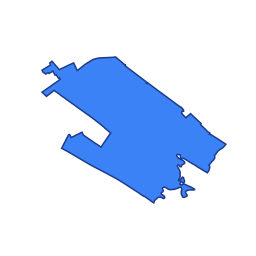 the district of Barcanesti, Ialomita, Romania, rotated 106°
{"feature_id": "2599482B37861842426692", "entity_name": "Barcanesti", "entity_type": "district", "adm_level": 2, "iso_a3": "ROU", "parent_name": "Romania", "parent_adm1": "Ialomita", "projection": "albers", "projection_center": [26.664, 44.608], "detail": "fine", "context": "isolated", "style": "filled", "palette": "blue", "viewbox_px": 256, "rotation_deg": 106, "n_neighbors": 0, "source": "geoboundaries", "source_scale": "gbopen_adm2", "svg_char_len": 5541}
<svg xmlns="http://www.w3.org/2000/svg" viewBox="0 0 256 256"><g transform="rotate(106 128 128)"><path d="M165.8,186.2L167.8,177.2L168.3,175.3L173.6,154.9L176.4,141.7L176.9,139.1L180.2,123.9L182.4,116.2L187.0,101.2L188.9,95.5L189.3,93.7L189.3,93.4L189.2,93.3L190.4,89.9L191.2,87.4L192.1,85.1L192.9,82.6L191.9,82.6L191.0,82.5L190.5,82.4L189.5,81.9L186.5,80.0L186.2,79.7L185.7,78.5L185.5,77.8L185.6,77.1L185.7,76.1L185.8,75.3L186.1,74.6L185.9,74.1L185.6,73.8L185.2,73.5L184.8,73.5L184.1,73.8L183.8,74.1L183.5,74.5L183.2,74.8L182.9,75.5L182.8,76.3L182.7,76.8L182.6,77.3L182.4,77.8L181.8,78.2L181.4,78.2L181.0,78.0L180.5,77.6L179.7,77.0L179.1,76.8L178.5,76.9L178.0,77.2L177.6,77.6L177.2,78.0L176.8,78.1L176.4,78.2L175.7,78.1L175.4,77.8L175.2,77.6L175.0,77.2L174.8,76.6L174.8,75.8L174.9,75.2L175.5,73.4L175.6,72.9L175.7,72.1L175.8,71.5L175.7,70.9L175.5,69.9L174.5,67.4L174.3,66.8L174.0,66.3L173.7,65.8L173.0,64.8L171.9,63.3L171.0,62.3L170.6,61.7L170.5,61.2L170.5,60.8L170.7,60.4L171.2,59.9L171.6,59.7L172.2,59.4L174.1,59.3L175.1,59.2L175.9,58.9L176.9,58.5L177.3,58.2L177.7,57.7L178.3,57.1L179.0,56.8L179.3,56.6L179.4,56.3L179.4,55.9L179.4,55.6L179.3,55.3L179.1,54.8L178.3,53.7L177.9,53.2L177.6,52.8L177.3,52.6L176.3,52.7L176.0,52.8L175.7,53.1L175.3,53.7L175.1,54.1L174.6,54.6L174.1,54.9L173.7,55.0L173.1,54.9L172.6,54.6L171.9,54.1L171.2,53.0L170.8,52.1L170.5,51.4L170.1,50.2L169.8,48.8L169.6,48.1L169.0,47.0L168.6,47.3L168.4,47.3L167.8,49.6L167.2,52.2L167.3,52.5L167.1,53.6L166.7,56.5L166.5,57.3L166.4,58.0L166.5,58.7L166.8,59.2L167.1,59.9L167.7,60.6L168.1,61.0L168.3,61.1L167.7,62.6L167.4,62.5L165.7,62.4L165.3,62.3L164.9,61.9L164.9,61.4L165.3,60.6L165.5,60.2L165.5,59.9L165.3,59.4L165.1,59.2L164.7,59.0L164.3,58.9L164.0,58.9L163.6,59.0L163.2,59.1L162.9,59.3L162.4,59.7L161.7,60.4L161.5,60.5L160.8,60.6L160.5,60.9L160.4,61.0L160.2,61.6L160.2,61.9L160.2,62.1L160.3,62.2L160.5,62.3L160.7,62.5L162.6,62.9L163.5,63.3L163.9,63.5L164.3,63.9L164.6,64.3L164.8,64.5L164.8,64.8L164.7,64.9L164.1,65.1L162.5,64.6L161.5,64.5L160.4,64.5L159.8,64.6L158.9,64.9L156.2,65.7L155.8,65.9L155.6,66.1L154.5,66.7L154.1,67.1L153.7,67.5L152.7,68.5L152.4,68.8L152.0,69.2L151.3,69.8L150.9,70.0L150.5,70.1L150.2,70.0L149.9,69.8L149.7,69.5L149.6,69.2L149.6,68.7L150.0,68.1L150.7,67.5L150.9,67.2L150.9,66.9L150.8,66.5L150.7,66.3L150.4,66.2L149.3,66.0L148.6,65.8L148.2,65.6L147.7,65.1L147.2,64.5L146.8,64.1L146.7,64.0L146.2,63.8L145.9,63.8L145.7,63.9L145.4,64.0L145.0,64.4L144.7,65.0L144.3,65.7L144.1,66.2L143.7,68.3L143.7,68.9L143.6,69.2L143.5,69.6L143.4,69.9L143.4,70.2L143.3,70.4L143.2,70.7L143.2,70.8L142.8,71.7L142.7,71.8L142.4,72.3L142.1,72.7L141.8,73.1L141.2,73.6L140.9,73.7L140.6,73.8L140.3,73.7L140.1,73.6L139.9,73.3L139.8,73.0L139.7,72.2L139.4,71.2L139.4,70.7L139.5,70.3L141.5,69.6L141.8,69.4L142.1,69.2L142.4,68.7L142.4,68.4L142.5,67.7L142.4,67.3L142.3,67.0L141.8,66.1L142.2,64.8L143.4,60.6L144.0,58.5L144.8,55.4L144.8,55.1L145.7,52.0L146.0,51.1L146.2,50.6L147.8,44.6L148.3,42.8L148.7,41.1L149.3,39.5L148.6,39.2L147.7,38.8L147.3,38.7L145.5,38.5L144.8,38.5L144.0,38.5L143.5,38.5L142.9,38.7L142.3,39.0L141.9,39.3L141.5,39.9L139.1,38.9L139.0,39.0L137.7,38.4L135.4,37.1L134.9,36.9L134.1,36.6L132.7,36.4L132.3,36.4L131.5,36.8L130.9,37.2L129.8,36.8L126.9,35.7L125.4,35.2L123.7,33.9L123.0,33.3L122.3,32.6L121.6,32.1L121.2,31.6L120.7,31.4L120.4,31.3L120.2,31.1L119.6,30.7L116.7,29.4L116.5,29.6L116.4,29.9L115.8,32.1L113.8,38.5L112.6,42.8L111.7,45.6L111.6,46.0L111.6,46.7L111.6,46.9L111.6,47.3L111.6,48.1L111.4,48.0L111.2,47.9L110.9,47.8L110.7,47.7L110.6,47.8L110.4,47.9L110.1,48.3L109.9,48.8L109.8,49.1L109.8,49.7L109.7,50.5L109.6,50.9L109.5,51.1L109.3,51.3L108.8,51.5L104.8,59.2L103.6,58.9L103.4,59.2L101.3,63.4L97.8,70.3L96.9,71.8L101.1,74.6L102.2,75.2L101.7,76.1L101.4,76.6L101.0,77.4L99.7,79.6L98.6,80.7L98.0,80.7L97.5,80.4L97.4,80.4L97.1,80.7L96.9,80.5L96.8,80.0L96.6,79.2L96.3,79.1L95.1,79.9L93.3,82.7L93.3,82.8L93.6,82.9L93.4,83.5L85.3,105.2L84.9,106.2L84.9,106.5L79.1,121.6L80.0,122.0L79.6,123.0L78.8,122.7L76.7,128.1L76.5,128.6L70.2,144.8L69.1,147.7L68.9,147.8L68.3,147.8L67.9,147.9L68.0,148.7L68.0,148.8L63.1,159.5L63.7,160.9L64.2,162.0L67.5,171.7L68.2,173.9L69.3,176.4L69.5,176.7L70.3,178.2L71.0,178.8L70.9,179.0L71.7,180.4L72.4,181.1L77.5,185.8L79.1,187.1L86.8,192.6L83.9,195.1L80.4,198.2L83.8,202.2L90.8,210.1L86.9,216.3L84.9,219.2L84.8,219.5L87.1,221.1L88.0,220.5L88.8,219.9L95.6,226.1L96.1,226.6L97.5,225.4L97.7,225.2L98.8,222.0L98.8,221.9L97.1,220.4L97.0,220.1L96.9,219.9L96.9,219.7L97.4,218.9L94.1,215.9L94.5,215.5L97.3,212.7L96.7,212.0L96.6,211.9L99.3,208.5L98.8,207.9L99.8,206.6L102.7,208.7L106.2,211.6L107.8,212.8L112.5,216.7L115.5,219.0L116.2,219.7L117.2,220.5L120.1,215.1L112.8,209.8L112.2,209.3L112.4,209.0L112.7,208.4L114.0,204.4L115.5,200.6L116.1,199.1L116.1,198.7L116.9,196.5L117.8,194.2L118.4,192.3L118.6,191.9L118.8,191.7L118.7,191.3L118.7,191.1L119.0,190.6L119.3,189.7L119.6,189.1L119.9,188.7L119.8,188.4L122.9,180.0L123.5,178.3L124.1,176.4L125.7,172.2L126.6,169.5L126.6,169.4L127.5,167.0L128.0,165.5L128.4,164.7L129.2,162.5L129.2,162.4L129.9,160.8L130.8,158.7L131.0,157.9L131.7,156.4L131.9,155.7L133.2,152.9L133.2,152.6L133.2,152.3L133.3,152.2L133.9,151.3L134.5,150.2L136.8,145.1L137.6,143.3L140.4,144.3L153.8,148.7L151.8,154.8L151.7,155.4L151.5,156.0L150.7,158.2L149.5,161.9L149.2,162.8L148.6,164.6L147.2,168.7L146.7,169.3L144.7,171.1L146.3,172.9L146.5,172.9L147.9,174.6L152.8,179.9L150.4,182.2L150.6,182.8L151.0,183.2L151.2,183.3L157.0,184.5L157.3,184.5L161.6,185.4L165.8,186.2Z" fill="#3b82f6" stroke="#1e3a8a" stroke-width="1.5"/></g></svg>